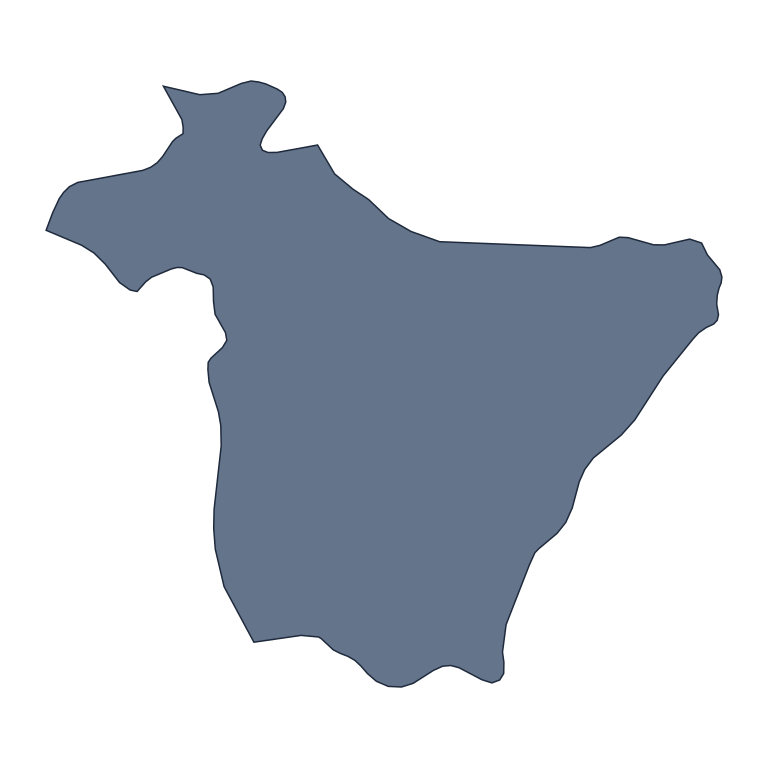 an SVG outline of Bouira
{"feature_id": "DZA-2210", "entity_name": "Bouira", "entity_type": "Province", "adm_level": 1, "iso_a3": "DZA", "parent_name": "Algeria", "parent_adm1": "", "projection": "robinson", "projection_center": [3.808, 36.278], "detail": "fine", "context": "isolated", "style": "filled", "palette": "slate", "viewbox_px": 768, "rotation_deg": 0, "n_neighbors": 0, "source": "natural_earth", "source_scale": "10m", "svg_char_len": 1674}
<svg xmlns="http://www.w3.org/2000/svg" viewBox="0 0 768 768"><path d="M693.0,339.0L663.1,376.0L634.8,419.9L621.3,435.0L593.3,458.0L584.7,469.5L579.2,481.9L572.2,508.1L565.7,522.5L557.1,533.3L538.8,548.7L534.9,552.7L529.3,565.1L506.1,624.6L502.5,652.1L503.9,662.2L503.7,673.5L499.7,680.0L491.9,682.9L481.8,679.7L459.0,667.7L450.7,665.5L442.7,666.2L433.4,670.4L413.2,683.3L401.5,687.0L388.3,686.4L376.4,681.3L367.5,673.6L360.8,665.9L354.9,660.4L348.0,656.4L340.3,653.4L333.3,649.9L321.2,638.6L318.6,637.0L301.1,635.4L253.9,642.2L224.1,586.7L215.3,549.2L213.7,528.5L214.1,509.4L221.2,445.9L220.8,425.6L218.4,411.7L209.1,382.4L207.9,369.6L208.2,362.3L211.0,358.1L222.5,347.5L226.8,340.3L225.5,332.7L215.1,314.3L213.5,301.5L213.2,287.0L210.2,279.1L204.2,274.9L196.7,273.3L182.2,267.6L176.9,267.5L171.2,269.0L151.6,277.2L145.8,281.7L137.1,291.5L130.1,290.0L119.6,282.6L105.4,264.3L94.0,253.0L81.5,245.2L46.1,230.3L52.6,212.9L59.2,198.7L63.6,192.4L69.5,186.6L77.8,182.4L142.7,170.4L150.6,167.3L157.2,162.7L162.5,156.7L172.5,141.6L176.2,138.0L183.0,133.7L183.2,127.6L181.9,119.6L163.4,86.2L199.8,94.7L218.1,93.3L241.4,83.4L251.1,81.0L258.7,82.0L265.7,83.9L277.4,89.1L282.3,92.4L285.1,96.7L285.8,102.0L283.4,108.6L266.7,130.9L262.2,138.8L260.2,145.1L262.4,150.2L268.0,152.5L277.0,152.4L317.6,145.0L334.6,173.9L353.0,189.2L368.7,199.6L388.6,218.6L411.1,231.5L439.6,241.7L590.4,247.6L599.9,245.4L619.2,237.2L628.0,237.6L653.6,244.8L664.5,244.9L689.7,239.1L701.6,243.0L707.4,254.9L719.8,269.8L721.9,276.9L721.2,282.9L719.1,287.9L717.3,295.1L716.7,304.0L718.5,314.8L717.2,320.3L713.7,324.0L706.1,327.6L698.6,332.8L693.0,339.0Z" fill="#64748b" stroke="#1e293b" stroke-width="1.5"/></svg>